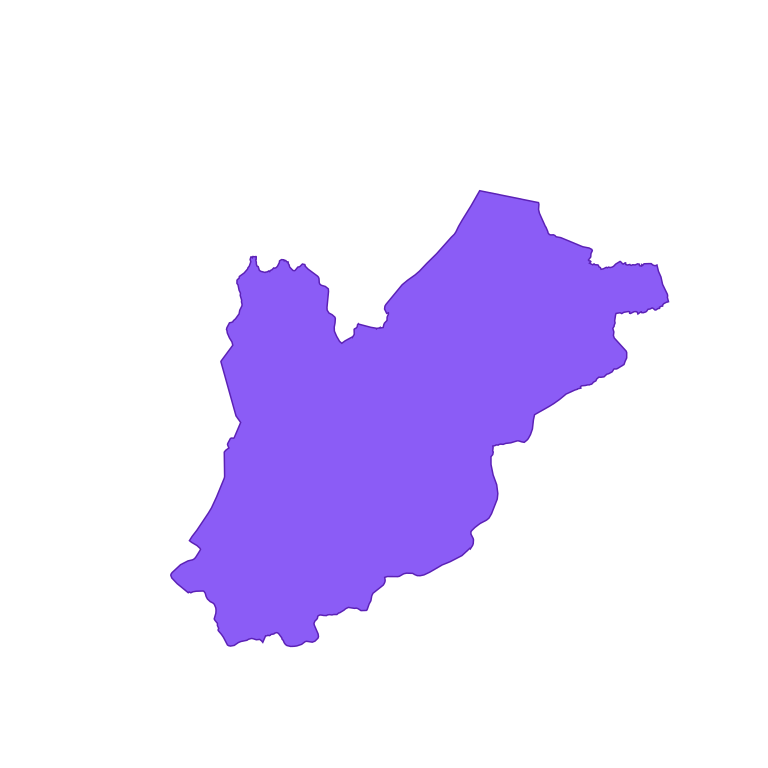 outline of Gnagna, Gnagna, Burkina Faso, rotated 231°
{"feature_id": "67063806B53557788130503", "entity_name": "Gnagna", "entity_type": "district", "adm_level": 2, "iso_a3": "BFA", "parent_name": "Burkina Faso", "parent_adm1": "Gnagna", "projection": "natural_earth1", "projection_center": [0.002, 12.916], "detail": "fine", "context": "isolated", "style": "filled", "palette": "violet", "viewbox_px": 768, "rotation_deg": 231, "n_neighbors": 0, "source": "geoboundaries", "source_scale": "gbopen_adm2", "svg_char_len": 6163}
<svg xmlns="http://www.w3.org/2000/svg" viewBox="0 0 768 768"><g transform="rotate(231 384 384)"><path d="M259.5,127.2L262.8,133.5L262.1,134.3L261.8,135.6L260.6,136.5L260.3,137.5L260.5,138.6L259.0,141.2L259.2,141.9L258.5,143.9L257.6,144.7L256.2,145.0L251.1,144.8L249.9,144.2L248.1,144.3L245.7,143.6L243.5,143.5L241.8,144.0L238.8,146.3L236.7,149.1L235.3,151.4L233.5,156.2L233.4,160.5L232.8,161.9L228.5,165.8L227.6,168.5L228.0,172.7L228.9,174.1L231.2,175.5L240.5,178.1L242.0,178.9L243.2,181.0L243.5,183.9L244.0,185.1L245.2,186.3L245.2,187.3L245.0,188.4L244.3,189.5L241.9,191.6L240.2,193.6L240.1,194.8L239.0,196.6L237.3,198.2L236.5,199.9L234.5,202.3L234.6,204.6L234.1,205.5L233.4,210.7L233.5,212.7L232.8,215.7L228.1,220.0L227.3,221.4L225.8,222.4L222.4,223.5L219.2,227.7L219.1,228.5L219.6,229.5L222.4,234.0L223.8,237.4L227.1,241.2L228.3,243.7L228.2,256.9L228.8,258.6L229.7,260.3L230.9,261.5L233.3,262.8L232.3,265.4L225.7,273.4L224.9,274.9L224.1,279.9L222.8,282.5L218.7,287.2L216.8,287.8L214.2,289.2L212.3,291.4L210.5,294.9L209.0,301.0L206.8,315.3L204.3,323.5L201.6,336.6L202.3,347.3L201.5,347.3L202.8,351.3L203.8,352.9L206.6,355.5L207.9,356.1L212.6,357.1L214.5,358.6L214.9,360.2L215.3,364.3L215.2,368.7L215.1,371.0L213.7,378.1L213.7,381.1L215.5,385.9L223.3,399.6L227.2,403.5L234.8,408.2L244.7,411.6L254.1,416.5L260.2,421.4L260.7,424.1L262.4,426.1L263.6,426.4L266.1,428.9L267.3,429.5L266.3,431.4L266.0,432.9L264.6,434.4L264.7,435.0L263.9,436.8L262.1,438.6L261.2,441.3L258.5,445.5L256.0,451.7L255.0,452.9L252.5,454.5L250.4,456.3L250.4,459.8L250.7,461.6L252.5,466.0L255.6,471.0L262.2,477.7L265.4,481.7L262.5,499.2L261.9,504.3L261.5,511.3L261.6,519.2L259.2,528.5L258.2,531.0L258.3,531.6L256.9,534.4L258.3,535.1L258.2,536.5L256.2,539.4L255.1,541.8L254.1,543.0L253.7,544.4L253.4,544.8L253.2,545.9L253.6,547.9L253.1,550.7L254.0,552.3L254.1,555.3L252.8,556.7L251.1,559.5L251.4,563.3L250.6,565.1L249.9,569.0L250.9,572.0L250.7,572.6L249.6,573.8L249.1,575.1L248.1,582.8L249.9,585.7L251.5,589.0L255.7,592.4L257.2,592.9L274.8,591.9L277.3,592.8L279.8,595.4L283.2,596.8L284.1,599.3L284.7,599.7L286.0,602.0L287.9,603.0L292.0,607.5L292.8,608.8L290.8,612.3L289.1,613.1L288.8,615.5L286.6,619.4L285.6,620.3L284.4,619.4L283.7,619.9L282.8,623.9L281.5,625.6L280.3,626.0L278.6,625.4L278.5,628.7L278.1,629.4L277.4,629.1L276.3,630.2L275.4,632.4L275.2,633.6L275.9,636.3L274.9,637.8L274.4,640.2L273.6,640.7L270.9,641.2L270.3,642.3L270.3,644.2L269.5,645.4L269.5,646.0L270.3,646.4L269.9,648.6L269.2,649.5L270.1,650.5L270.4,651.8L269.7,655.4L269.4,655.6L268.9,656.9L272.9,658.7L274.0,659.9L275.4,660.7L286.1,663.2L292.9,666.6L298.8,668.2L304.7,671.0L305.1,669.5L305.9,668.6L307.4,667.8L309.4,667.4L310.8,665.7L313.6,662.0L313.8,661.4L313.4,659.6L314.5,659.5L313.7,658.3L314.9,657.2L315.4,657.1L316.3,657.9L317.8,656.7L318.5,654.1L320.2,652.3L320.6,650.7L321.3,650.3L322.2,650.3L323.2,648.1L324.7,647.1L326.0,648.0L326.4,647.7L326.6,645.6L327.4,645.0L329.3,645.0L330.7,644.6L331.4,639.5L331.0,636.5L331.3,634.8L332.2,633.0L333.5,632.1L333.8,630.6L334.8,630.2L335.5,626.9L336.5,624.9L338.3,625.4L339.8,624.8L341.4,625.3L342.0,625.1L344.0,623.0L345.2,622.8L345.2,621.3L348.6,619.7L348.8,621.7L349.7,621.8L350.7,620.9L351.7,620.9L352.6,624.6L355.1,626.9L356.5,629.8L357.8,630.2L360.6,629.0L365.5,624.9L368.0,623.5L386.5,613.5L390.1,610.4L391.8,610.3L393.3,609.6L394.9,607.4L396.1,606.6L398.3,606.6L399.3,607.2L404.1,608.6L404.7,608.5L418.7,612.2L422.3,613.9L426.2,617.5L427.7,618.2L474.0,580.0L467.8,564.1L462.2,548.0L459.6,541.2L457.0,535.7L456.1,532.9L455.7,528.6L452.1,506.6L450.8,493.2L449.4,482.7L449.2,476.9L449.8,467.6L449.7,460.5L444.6,435.5L443.9,433.7L441.9,431.6L437.2,430.5L436.6,432.2L435.6,431.5L434.0,428.5L431.5,426.3L431.0,422.6L430.1,421.0L428.4,418.9L429.9,416.3L430.4,416.6L430.5,415.6L431.6,413.7L431.6,412.8L432.3,413.0L436.4,409.4L446.5,402.0L447.0,402.0L446.6,400.5L445.5,399.5L445.0,397.9L445.4,395.6L445.2,395.1L441.3,392.1L440.1,388.7L440.6,388.7L442.0,381.2L442.2,376.8L445.1,376.3L450.9,377.2L456.3,378.7L459.5,381.1L462.3,384.4L465.4,387.3L466.8,387.9L470.5,387.3L473.8,385.9L477.2,386.3L479.4,387.9L490.8,399.1L493.0,400.6L496.7,399.8L500.2,397.4L502.1,397.0L503.4,397.4L506.8,399.8L508.3,400.3L509.8,400.2L521.1,397.3L525.3,396.9L525.8,397.4L526.7,397.6L528.6,396.1L528.2,392.3L529.1,390.6L528.2,386.4L528.4,385.7L529.5,384.7L534.2,384.3L536.5,385.3L537.9,385.4L539.1,386.3L540.5,385.2L541.7,385.4L542.2,385.0L542.5,384.0L543.5,384.4L545.2,382.6L545.4,380.3L544.2,379.0L542.5,375.2L542.3,373.3L542.8,371.9L543.6,371.4L543.3,368.8L543.8,366.9L543.3,366.0L543.5,365.6L544.4,365.5L544.6,363.8L545.4,362.6L545.5,361.8L549.2,359.1L550.9,358.7L554.4,360.1L555.7,359.5L557.6,360.3L558.8,361.3L561.2,362.5L561.2,363.0L563.3,364.8L563.7,364.7L564.0,363.9L565.6,362.3L565.0,361.2L566.0,361.1L566.5,360.5L565.0,358.3L562.8,357.4L560.4,353.5L559.9,351.3L559.2,350.3L558.3,345.2L558.6,339.3L557.4,337.9L557.4,335.8L557.1,335.0L554.7,333.0L552.9,332.9L548.1,330.4L544.9,329.6L543.3,328.0L538.7,326.1L537.5,324.9L535.3,323.9L534.1,322.7L532.1,318.3L529.7,315.5L528.1,309.6L528.0,306.8L527.5,305.8L527.8,304.4L528.8,302.4L526.6,297.3L525.5,295.9L524.4,295.6L522.2,294.3L517.1,292.9L512.4,292.3L509.3,290.9L504.4,272.0L504.0,271.3L452.3,248.9L444.3,248.4L436.5,233.7L436.5,233.1L438.1,231.3L438.3,230.3L436.4,225.8L435.7,224.5L434.7,224.0L431.9,223.2L432.1,219.2L431.6,217.0L412.4,201.9L411.4,200.7L401.6,182.8L396.3,172.0L394.2,166.2L388.1,146.5L386.3,138.9L384.7,134.2L382.1,134.8L376.2,137.0L372.1,137.6L371.0,137.4L370.5,136.4L368.0,129.1L367.5,126.8L367.8,124.7L369.9,120.3L371.6,112.2L370.8,100.6L370.2,98.7L369.3,97.8L366.7,97.0L359.0,97.6L345.0,100.5L345.0,101.7L343.3,102.5L342.8,104.7L341.1,107.7L337.0,113.1L336.2,113.6L333.9,113.4L330.7,112.0L328.0,111.5L324.2,112.0L321.6,113.2L319.6,113.5L318.0,113.0L315.9,112.4L313.9,111.1L311.7,109.1L308.3,104.2L306.8,103.9L302.8,103.9L301.1,102.5L298.2,101.8L297.4,100.4L296.7,100.0L291.6,100.1L288.1,99.8L279.7,98.1L278.4,98.6L277.0,99.7L275.1,103.1L274.7,108.2L273.9,110.8L271.1,116.2L270.9,118.0L269.7,120.8L268.4,122.0L265.6,123.8L263.7,126.7L261.4,127.2L259.5,127.2Z" fill="#8b5cf6" stroke="#5b21b6" stroke-width="1.5"/></g></svg>